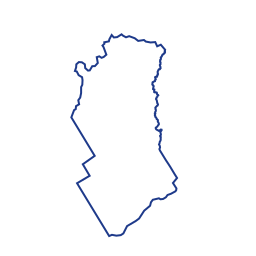 Kittitas, Washington, United States of America, rotated 59°
{"feature_id": "52423323B21025471162959", "entity_name": "Kittitas", "entity_type": "district", "adm_level": 2, "iso_a3": "USA", "parent_name": "United States of America", "parent_adm1": "Washington", "projection": "albers", "projection_center": [-120.862, 47.167], "detail": "fine", "context": "isolated", "style": "outline", "palette": "blue", "viewbox_px": 256, "rotation_deg": 59, "n_neighbors": 0, "source": "geoboundaries", "source_scale": "gbopen_adm2", "svg_char_len": 4705}
<svg xmlns="http://www.w3.org/2000/svg" viewBox="0 0 256 256"><g transform="rotate(59 128 128)"><path d="M49.4,141.3L51.8,144.1L53.2,142.8L57.3,143.1L60.8,141.2L63.5,142.3L67.4,144.9L68.8,147.1L73.9,150.2L77.3,153.3L78.6,156.3L82.5,157.7L82.5,161.3L84.9,163.1L84.9,165.0L89.7,171.1L134.7,170.9L135.8,185.4L149.2,185.5L149.1,200.1L156.2,200.1L210.9,199.8L211.3,196.8L214.3,193.4L216.1,189.4L216.0,186.3L211.6,179.3L211.7,169.2L211.3,165.1L207.2,156.7L206.0,149.1L203.5,146.6L202.3,143.7L204.2,137.7L205.8,136.9L206.9,134.5L206.9,131.2L205.8,128.6L206.5,125.0L206.7,120.0L206.1,118.7L204.7,117.6L198.3,117.8L196.1,111.7L191.8,111.8L187.8,111.8L183.0,111.8L179.6,111.9L175.3,112.1L163.9,112.2L162.4,112.0L161.9,111.6L161.6,111.0L161.1,110.5L159.8,110.0L158.9,109.9L158.1,109.9L157.2,108.7L156.1,107.8L155.6,106.7L154.9,106.0L154.3,105.7L153.1,104.9L152.6,104.5L152.2,104.6L151.9,104.8L151.2,104.5L151.0,103.6L150.3,103.0L149.6,102.8L148.1,102.4L147.5,100.9L147.1,100.2L146.7,100.1L146.2,100.7L146.3,101.7L146.6,102.6L146.2,103.2L145.7,103.3L144.5,104.1L143.6,104.5L142.8,104.5L142.0,104.0L142.0,103.2L141.8,102.0L141.1,100.8L140.9,99.8L140.1,99.3L139.0,99.1L137.9,99.2L136.7,98.3L135.7,98.5L135.4,98.7L135.2,98.6L134.7,98.8L134.5,98.7L134.4,98.6L133.5,98.5L133.3,98.6L132.9,98.7L132.8,98.8L132.6,98.7L132.4,98.7L132.1,98.7L131.9,98.5L131.8,98.4L131.7,98.4L131.1,98.5L130.8,98.2L130.6,98.2L130.4,98.1L130.1,97.7L129.9,97.4L129.8,97.2L129.6,97.2L129.5,97.3L129.4,97.4L129.2,97.4L129.1,97.0L129.0,96.9L128.8,96.8L128.6,96.6L128.3,96.4L128.1,96.2L128.0,95.8L127.8,95.5L127.7,95.4L127.4,95.2L127.0,94.9L126.9,94.8L126.7,94.8L126.2,94.8L125.9,94.7L125.7,94.4L125.3,94.3L125.2,94.3L124.7,94.1L124.6,93.8L124.5,93.7L124.4,93.5L124.4,93.4L124.4,93.2L124.3,92.8L124.1,92.4L124.0,92.0L124.0,91.8L123.9,91.7L123.9,91.4L124.0,91.2L123.8,90.8L123.5,90.5L123.4,90.4L123.3,90.2L123.0,90.1L122.6,90.1L122.3,90.1L122.0,90.0L121.7,90.1L121.1,89.8L120.7,89.7L119.9,89.4L119.4,89.2L118.9,89.1L118.5,89.1L118.2,89.1L117.8,89.1L117.6,89.1L117.3,88.8L117.2,88.4L117.1,88.2L116.8,88.0L116.5,87.8L116.4,87.2L116.3,86.7L116.0,86.4L115.7,86.1L115.7,85.9L115.5,85.5L115.4,85.3L115.4,85.2L115.2,85.2L115.1,85.4L115.0,85.5L114.6,85.6L114.2,85.7L113.9,85.6L113.5,85.5L113.3,85.5L113.1,85.3L112.6,85.1L112.4,85.1L112.2,85.3L111.8,85.7L111.5,86.0L111.4,86.1L111.5,86.3L111.4,86.5L111.2,86.7L111.0,87.0L110.8,87.1L110.6,87.0L110.4,86.9L110.2,86.8L110.0,86.7L109.7,86.5L109.4,86.3L109.2,86.0L109.0,85.8L108.9,85.7L108.7,85.6L108.5,85.8L108.2,85.9L108.1,86.0L107.9,86.3L107.7,86.4L107.6,86.5L107.4,86.4L107.0,86.1L106.8,85.8L106.7,85.6L106.4,85.5L106.0,85.2L105.7,84.7L105.3,84.4L105.2,84.4L105.1,84.6L104.6,84.6L104.4,84.6L104.1,84.5L103.9,84.5L103.7,84.7L103.5,84.8L103.3,84.8L102.8,84.3L102.7,84.3L102.4,84.1L102.2,84.0L102.1,83.9L101.9,83.7L101.6,83.5L101.6,83.3L101.5,83.2L101.6,82.8L101.5,82.7L101.6,82.3L101.6,82.2L101.5,81.9L101.5,81.7L101.6,81.2L101.7,80.9L101.4,80.8L101.3,80.7L101.2,80.5L101.0,80.3L100.8,80.1L100.8,79.8L100.8,79.6L100.8,79.4L100.7,79.2L100.4,79.0L99.7,79.0L99.5,78.9L99.4,78.9L98.9,78.8L98.5,78.7L98.4,78.6L98.3,78.4L98.4,78.0L98.4,77.8L98.7,77.4L99.0,76.9L98.7,76.5L98.5,76.2L98.4,76.2L98.2,76.2L98.0,75.9L97.9,75.6L97.7,75.5L97.6,75.4L97.6,75.2L97.6,74.9L97.2,74.8L97.0,74.5L96.8,74.5L96.5,74.2L96.4,74.2L96.1,74.2L95.8,74.0L95.6,73.9L95.3,73.8L95.2,73.7L94.9,73.5L94.5,72.9L94.4,72.6L94.2,72.4L93.9,72.0L93.9,71.8L93.8,71.7L93.7,71.6L93.6,71.4L93.6,71.1L93.7,70.8L93.9,70.7L94.0,70.4L93.9,70.3L93.8,70.1L93.7,69.8L93.4,69.6L93.4,69.4L93.4,69.2L92.8,69.0L92.6,68.9L92.3,68.8L92.2,68.7L91.9,68.6L91.7,68.6L91.4,68.6L91.2,68.6L90.9,68.5L90.7,68.4L90.3,68.2L90.2,68.0L90.1,67.9L90.1,67.7L90.1,67.4L89.9,67.3L89.6,67.1L89.4,66.9L89.0,66.6L88.7,66.4L88.4,66.3L88.1,66.3L87.8,66.3L87.7,66.4L87.1,65.9L86.8,65.8L86.7,65.6L86.4,65.2L86.2,65.2L86.1,64.8L86.1,64.6L85.7,64.3L85.6,64.2L85.4,64.0L85.2,63.9L85.0,63.7L84.8,63.6L84.6,63.7L84.4,63.6L84.3,63.2L84.2,62.9L84.2,62.7L84.1,62.2L83.8,62.0L83.7,61.9L83.4,61.5L83.2,61.2L82.9,60.6L82.8,60.4L82.9,60.1L83.1,59.9L83.1,59.7L83.0,59.4L82.9,59.2L82.7,59.0L82.7,58.8L82.7,58.6L82.5,58.4L82.6,57.9L82.5,57.7L82.4,57.6L82.2,57.3L82.1,57.2L81.7,57.0L81.4,57.2L81.2,57.1L80.9,56.9L80.8,56.7L80.7,56.7L80.5,56.4L80.4,56.2L80.1,55.9L73.5,57.0L73.0,60.9L68.4,60.4L66.3,64.6L63.1,68.2L60.8,69.0L58.6,74.4L54.5,76.0L49.9,79.7L49.2,83.0L46.3,84.7L44.4,85.3L44.5,90.5L43.1,93.5L39.9,94.1L42.3,98.2L43.9,99.8L42.3,104.2L43.6,104.8L44.2,107.4L46.0,107.3L54.0,108.8L54.6,112.3L54.2,114.5L51.8,115.7L51.2,118.3L56.7,120.4L57.9,124.5L56.6,126.8L58.9,131.1L58.2,132.7L54.6,133.8L51.2,132.2L47.9,133.7L46.2,136.2L46.8,139.5L49.4,141.3Z" fill="none" stroke="#1e3a8a" stroke-width="2"/></g></svg>